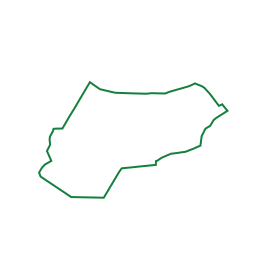 La Carierre, Castries, Saint Lucia, rotated 159°
{"feature_id": "8701671B73627657700806", "entity_name": "La Carierre", "entity_type": "district", "adm_level": 2, "iso_a3": "LCA", "parent_name": "Saint Lucia", "parent_adm1": "Castries", "projection": "mercator", "projection_center": [-60.987, 14.018], "detail": "fine", "context": "isolated", "style": "outline", "palette": "green", "viewbox_px": 256, "rotation_deg": 159, "n_neighbors": 0, "source": "geoboundaries", "source_scale": "gbopen_adm2", "svg_char_len": 1046}
<svg xmlns="http://www.w3.org/2000/svg" viewBox="0 0 256 256"><g transform="rotate(159 128 128)"><path d="M147.2,184.4L164.5,170.7L169.7,166.5L178.4,159.9L181.4,157.5L189.4,151.0L190.2,151.3L193.3,152.4L194.5,152.9L197.8,153.9L199.3,151.9L203.9,148.0L205.4,145.2L206.3,141.7L206.8,140.3L207.3,139.7L211.9,135.6L211.4,124.8L218.9,123.6L222.4,121.8L223.0,121.4L226.4,118.7L227.0,118.2L227.0,114.7L227.0,113.9L222.6,107.7L205.8,83.9L175.6,71.6L152.0,90.2L148.3,92.6L115.2,83.6L113.7,87.1L112.5,86.9L111.8,87.1L109.4,87.7L107.0,88.2L97.0,88.6L95.7,88.2L90.5,86.9L88.8,86.6L83.0,85.2L81.8,85.2L75.2,85.2L66.7,85.6L64.4,89.8L62.2,93.9L56.0,99.6L50.5,100.6L46.2,103.9L45.3,104.7L42.3,105.7L29.0,108.4L31.6,116.4L33.4,116.2L35.2,116.1L39.4,130.8L40.4,133.3L42.2,137.9L44.1,140.6L48.8,144.9L49.5,145.6L55.0,145.2L56.4,145.3L57.1,145.2L60.2,145.5L75.7,146.9L81.0,146.9L88.3,149.9L93.6,152.1L97.4,153.1L98.3,153.3L110.1,158.2L126.9,165.3L128.1,166.0L139.0,173.4L140.3,174.3L141.0,175.3L147.2,184.4Z" fill="none" stroke="#15803d" stroke-width="2"/></g></svg>